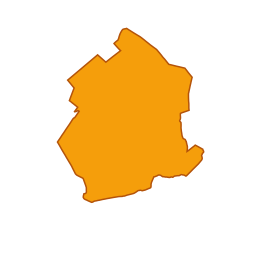 Kwanza, Rift Valley, Kenya, rotated 40°
{"feature_id": "3690345B32096026427645", "entity_name": "Kwanza", "entity_type": "district", "adm_level": 2, "iso_a3": "KEN", "parent_name": "Kenya", "parent_adm1": "Rift Valley", "projection": "robinson", "projection_center": [35.017, 1.14], "detail": "fine", "context": "isolated", "style": "filled", "palette": "amber", "viewbox_px": 256, "rotation_deg": 40, "n_neighbors": 0, "source": "geoboundaries", "source_scale": "gbopen_adm2", "svg_char_len": 3591}
<svg xmlns="http://www.w3.org/2000/svg" viewBox="0 0 256 256"><g transform="rotate(40 128 128)"><path d="M199.0,96.2L196.8,96.6L192.3,97.5L190.5,97.9L190.4,98.5L190.3,99.4L190.1,100.1L189.3,103.8L188.7,106.7L188.3,108.0L187.0,106.0L186.7,105.6L185.6,104.2L184.6,103.4L184.0,103.0L181.9,101.4L181.4,101.0L180.8,100.8L179.6,100.2L178.9,100.1L177.9,100.4L177.0,100.6L176.0,100.1L174.3,99.1L172.3,97.3L171.0,96.2L169.1,94.4L168.5,93.8L167.8,92.9L166.4,91.2L165.1,89.8L164.3,89.6L163.5,89.6L162.9,89.3L162.6,88.4L162.4,87.6L162.1,87.1L161.8,86.6L160.9,85.6L160.4,85.1L159.9,84.6L159.5,84.1L159.1,83.6L158.8,83.1L159.5,81.7L163.4,75.2L161.7,73.5L160.2,71.7L159.0,70.3L157.1,68.4L154.5,65.5L152.3,62.9L152.0,62.4L151.4,61.2L151.0,60.5L149.8,58.2L148.5,55.8L147.4,53.6L146.7,52.3L144.9,48.7L144.5,47.9L138.6,46.8L136.5,46.3L133.1,45.6L127.5,48.4L125.8,49.3L120.9,51.7L118.3,53.0L111.8,51.7L109.4,51.4L106.3,50.7L105.7,50.6L99.6,49.5L98.9,49.5L96.2,49.7L92.9,49.9L91.5,50.0L90.9,50.0L89.3,50.0L86.1,50.1L84.0,50.1L80.7,50.2L78.9,50.3L71.1,51.5L62.9,52.6L62.1,53.8L61.5,54.4L60.7,55.6L60.6,56.6L60.7,57.7L61.1,59.8L61.5,61.3L62.4,63.6L63.2,65.3L63.8,67.2L63.5,68.4L63.3,69.4L63.0,71.5L63.0,72.3L66.3,72.8L67.0,72.9L70.1,73.3L71.1,73.4L72.6,73.5L70.5,83.1L68.7,91.8L57.7,91.5L54.4,110.6L52.4,122.1L51.0,130.1L61.0,132.0L64.5,142.0L65.0,143.3L65.5,144.7L76.1,144.4L76.5,149.8L76.9,149.8L77.4,148.9L77.9,148.4L78.1,147.8L78.2,147.3L78.6,146.8L79.3,146.6L79.8,146.6L80.3,151.5L80.5,154.5L80.0,155.3L80.0,156.8L80.4,159.9L80.8,163.2L81.1,166.3L81.4,169.4L81.8,172.6L82.1,176.0L82.5,179.2L82.8,182.5L83.0,184.1L86.7,185.4L90.9,187.0L95.2,188.5L98.4,189.6L99.1,189.9L103.4,191.4L107.5,192.8L109.9,193.7L110.9,194.2L113.7,195.4L117.2,196.9L118.6,197.0L119.2,197.0L120.1,196.8L123.1,196.1L125.6,195.5L126.3,195.6L132.3,199.1L133.4,199.8L134.1,200.2L134.7,200.8L136.3,202.7L137.2,203.7L137.5,204.3L137.6,205.2L137.3,205.8L136.9,206.2L136.5,206.7L137.5,208.8L138.3,209.9L139.0,210.2L139.7,210.4L140.3,210.4L141.1,210.3L141.7,210.1L142.5,209.8L143.1,209.7L144.6,209.3L147.0,208.6L147.5,208.5L147.9,208.3L148.4,207.7L148.7,207.2L148.9,206.6L149.2,205.7L149.8,205.0L150.8,203.8L151.5,202.8L152.4,201.8L154.2,199.4L156.5,196.6L157.0,195.9L158.7,193.9L161.2,190.9L161.7,190.3L163.7,188.0L164.7,186.8L165.1,186.4L165.8,185.7L167.5,184.2L168.1,183.3L169.1,182.3L170.5,179.9L170.9,179.4L174.0,175.1L174.5,174.3L174.7,173.8L174.9,173.3L175.4,171.8L175.7,170.6L175.9,169.6L176.4,169.0L176.9,168.5L177.3,167.9L177.8,167.5L178.4,167.3L179.2,166.9L179.7,166.3L180.1,165.7L180.4,165.3L181.0,164.5L181.5,163.6L181.7,163.1L182.0,162.6L182.4,161.8L182.6,161.3L183.1,160.5L183.5,159.8L183.7,159.0L183.4,158.3L183.0,157.7L182.6,157.2L181.9,156.4L181.5,155.7L180.9,154.4L179.2,148.8L179.8,148.2L180.1,147.6L180.6,146.7L181.0,146.0L181.2,145.4L181.4,144.8L181.9,144.1L182.4,143.8L183.1,143.4L183.7,143.2L184.4,143.2L185.9,143.0L186.6,142.4L187.2,142.0L187.7,141.8L188.5,141.3L189.1,140.7L189.9,140.3L190.4,140.0L191.4,139.4L192.0,138.8L192.3,138.1L192.6,137.7L193.2,137.4L193.9,137.0L194.2,136.4L194.3,135.7L194.5,135.0L195.0,134.5L195.5,133.9L196.4,132.9L196.9,132.4L197.4,132.0L197.8,131.6L198.3,130.5L198.5,129.8L198.8,129.4L199.5,129.0L200.2,128.7L201.1,128.1L201.7,127.9L203.1,127.7L203.5,127.2L204.0,121.8L204.3,117.7L204.7,113.5L205.0,110.2L205.0,108.9L205.0,107.9L205.0,107.1L205.0,105.4L204.9,104.7L204.6,103.9L204.2,103.4L203.3,102.6L202.8,102.3L202.2,102.0L201.9,101.3L201.8,100.7L201.4,99.9L201.4,99.2L201.5,98.5L201.4,97.7L200.7,97.1L199.5,96.7L199.0,96.2Z" fill="#f59e0b" stroke="#b45309" stroke-width="1.5"/></g></svg>